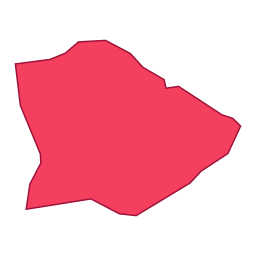 Budapest, Robinson projection
{"feature_id": "HUN-3160", "entity_name": "Budapest", "entity_type": "Capital City", "adm_level": 1, "iso_a3": "HUN", "parent_name": "Hungary", "parent_adm1": "", "projection": "robinson", "projection_center": [19.116, 47.483], "detail": "fine", "context": "isolated", "style": "filled", "palette": "rose", "viewbox_px": 256, "rotation_deg": 0, "n_neighbors": 0, "source": "natural_earth", "source_scale": "10m", "svg_char_len": 411}
<svg xmlns="http://www.w3.org/2000/svg" viewBox="0 0 256 256"><path d="M105.5,40.4L130.3,53.5L143.0,67.4L164.1,79.7L166.0,88.2L178.6,86.4L221.7,114.7L232.8,118.4L240.6,126.1L227.9,153.5L201.1,171.1L190.2,182.9L136.2,215.6L119.4,213.8L90.8,198.9L26.2,209.2L29.9,184.1L40.8,163.1L40.4,154.0L20.4,105.6L15.4,63.9L49.8,59.5L65.3,53.2L78.5,41.9L105.5,40.4Z" fill="#f43f5e" stroke="#9f1239" stroke-width="1.5"/></svg>